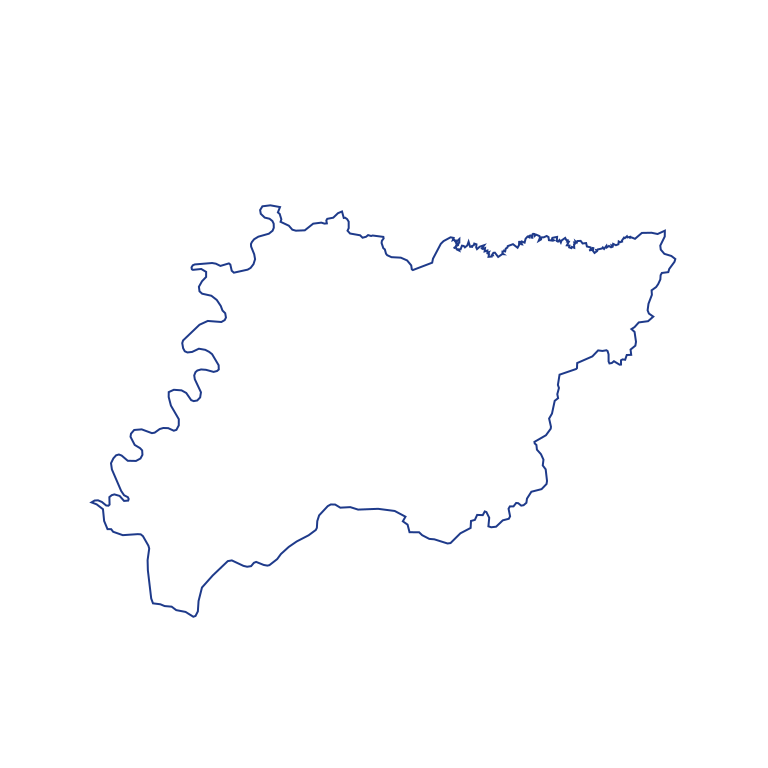 outline of Doi Luang, Chiang Rai, Thailand, rotated 350°
{"feature_id": "78962969B15237736289159", "entity_name": "Doi Luang", "entity_type": "district", "adm_level": 2, "iso_a3": "THA", "parent_name": "Thailand", "parent_adm1": "Chiang Rai", "projection": "mercator", "projection_center": [100.215, 20.141], "detail": "fine", "context": "isolated", "style": "outline", "palette": "blue", "viewbox_px": 768, "rotation_deg": 350, "n_neighbors": 0, "source": "geoboundaries", "source_scale": "gbopen_adm2", "svg_char_len": 6150}
<svg xmlns="http://www.w3.org/2000/svg" viewBox="0 0 768 768"><g transform="rotate(350 384 384)"><path d="M687.2,281.8L679.5,283.8L673.7,281.5L664.2,280.0L656.4,284.6L653.2,282.6L651.9,282.7L652.0,281.8L649.2,281.9L648.9,280.7L646.5,282.2L645.8,281.5L643.1,284.2L643.2,285.1L641.1,285.4L639.9,284.4L639.1,287.1L636.5,287.6L634.0,285.8L633.3,287.8L632.3,287.1L632.5,288.6L631.3,288.8L629.5,287.1L627.2,288.2L627.1,286.5L624.2,289.2L623.2,287.5L622.2,288.4L617.8,288.6L617.3,289.5L616.4,289.1L616.7,290.2L614.1,291.5L612.9,289.1L613.7,286.5L613.1,286.3L612.3,288.1L609.2,288.1L611.2,287.6L611.1,285.3L607.7,283.8L607.5,280.3L604.0,280.1L602.5,277.2L599.3,276.8L598.4,278.2L597.4,276.9L597.5,278.1L596.0,277.7L596.3,279.1L595.4,279.5L595.0,282.9L592.8,281.6L592.1,282.7L590.1,281.6L590.7,279.9L588.2,279.2L590.7,276.0L589.1,275.6L589.9,274.4L588.5,273.8L587.8,271.6L583.8,273.5L582.7,275.4L581.8,272.7L580.1,274.0L579.0,273.2L580.0,269.2L575.2,269.3L574.5,270.6L576.2,272.0L575.2,272.2L571.4,271.0L571.5,267.9L569.9,266.5L566.7,267.3L564.3,266.9L563.8,268.9L561.2,269.9L562.9,267.2L562.8,265.3L559.7,263.3L558.2,264.3L558.2,262.4L556.9,262.0L556.1,262.5L555.5,265.7L554.6,265.4L554.8,264.0L553.8,263.1L552.6,263.5L552.4,264.7L551.0,263.7L548.7,265.5L547.0,269.2L544.5,267.6L543.7,268.9L544.1,270.4L543.3,270.1L542.7,267.6L541.8,267.5L541.1,270.6L539.2,273.0L535.3,268.7L529.8,269.7L529.2,271.1L527.4,271.8L526.4,274.3L525.4,273.5L524.9,274.3L523.7,274.1L523.3,276.0L524.2,276.9L523.0,276.6L518.5,278.7L516.0,273.9L514.5,273.8L513.3,275.1L513.6,276.2L512.4,276.1L512.2,277.2L509.0,276.9L510.0,274.3L509.2,273.7L510.2,272.4L508.6,272.7L509.0,270.5L506.1,270.9L507.1,267.7L504.8,268.2L503.9,267.5L506.8,264.7L502.2,265.4L499.0,267.3L498.5,265.5L499.3,262.5L497.3,261.4L496.5,263.0L494.6,263.4L494.5,264.2L492.6,263.8L492.0,258.6L490.1,262.0L487.4,263.5L486.5,261.9L484.8,261.3L482.8,264.7L480.8,264.3L481.1,265.6L479.0,264.1L478.6,262.1L476.2,262.3L478.3,261.4L480.2,258.6L480.5,260.3L481.1,260.1L481.8,258.2L482.7,257.9L483.4,254.3L479.5,256.9L479.5,255.3L478.7,255.6L478.1,254.0L476.7,254.3L477.9,252.2L475.0,251.1L467.5,253.6L464.3,255.8L454.0,269.1L452.5,272.9L432.2,276.8L431.3,275.9L431.4,271.9L428.2,266.3L422.5,262.5L413.4,260.4L409.5,257.7L408.6,256.0L408.2,251.6L406.9,250.1L406.1,244.7L406.8,242.6L408.9,240.6L408.9,239.0L398.6,235.8L397.0,236.0L394.2,234.6L391.9,235.9L388.3,236.2L386.3,233.4L376.7,229.9L374.7,226.7L376.3,224.4L377.4,218.0L376.3,215.2L374.6,213.5L373.2,213.5L372.6,206.8L368.3,207.8L362.9,211.4L356.8,211.5L355.6,212.9L355.6,215.9L353.2,215.7L350.3,214.2L342.1,213.8L332.7,218.9L323.8,217.7L320.5,216.1L317.8,211.6L310.3,206.3L311.5,204.0L310.8,198.4L309.3,196.6L312.3,191.7L303.1,188.3L295.1,187.9L292.2,191.2L292.2,195.0L295.4,199.4L300.0,201.4L302.4,204.1L303.2,207.0L302.6,211.0L300.9,213.7L296.7,216.0L285.8,217.1L281.2,218.9L278.6,221.2L277.3,223.0L277.0,225.6L278.7,233.7L278.7,238.7L276.3,243.3L272.8,246.5L269.6,247.7L255.5,248.3L253.7,246.0L253.4,239.7L252.2,238.3L243.4,239.3L239.3,236.3L235.7,235.0L218.4,233.4L216.3,233.9L214.7,235.7L214.7,237.7L215.6,238.4L224.0,239.0L228.3,242.7L227.4,247.7L222.6,251.2L218.6,256.1L218.4,260.7L220.6,263.5L229.3,267.1L233.9,272.2L236.8,278.8L237.7,283.6L239.9,286.7L239.9,291.1L238.2,293.4L234.6,294.7L221.4,291.3L212.6,293.6L193.7,306.2L192.4,308.7L192.4,313.9L193.5,317.2L195.9,318.8L200.6,319.1L207.8,317.1L213.9,319.3L217.4,322.0L219.9,324.8L224.4,336.8L223.8,341.0L221.9,342.2L218.3,342.5L211.1,339.1L206.4,337.9L202.5,338.3L200.4,339.6L198.6,342.6L198.5,346.4L202.3,360.4L200.6,365.3L197.2,367.8L193.6,367.8L191.3,366.4L187.7,358.5L183.5,355.1L176.0,353.2L170.6,354.6L169.7,359.4L170.4,368.3L175.8,383.0L174.7,389.1L171.6,393.1L168.9,393.5L163.8,390.0L159.0,389.0L155.3,389.4L149.7,392.1L146.9,392.1L137.5,386.6L130.0,385.9L126.2,389.0L125.2,392.0L127.9,400.7L132.7,404.9L134.3,407.4L133.8,411.8L131.2,415.1L126.4,416.7L118.3,415.1L113.2,408.9L110.7,407.4L107.8,407.7L104.6,410.2L101.4,414.6L101.2,420.9L106.6,443.7L108.7,448.4L112.1,451.0L112.6,452.9L111.8,454.4L107.7,454.0L104.2,448.3L99.3,445.9L96.6,446.2L93.9,447.7L92.8,455.1L91.5,456.0L89.3,455.4L85.7,451.2L82.2,448.9L78.8,448.5L75.4,449.8L80.1,452.6L85.5,458.5L84.6,470.3L86.5,478.9L90.1,479.6L91.6,482.5L100.5,487.5L115.4,489.1L118.3,489.8L120.2,492.0L123.9,502.3L124.2,505.3L120.6,516.4L119.1,526.5L117.5,554.8L118.4,559.9L125.5,562.1L129.4,564.6L136.2,566.4L140.1,570.6L149.0,574.0L155.8,580.1L158.1,579.7L161.2,575.6L163.7,565.5L169.4,552.8L182.1,542.8L199.4,531.3L203.5,531.3L214.0,538.7L217.5,540.2L221.5,540.3L224.8,537.5L227.2,537.0L234.1,541.3L237.6,542.6L239.7,542.5L248.4,537.9L253.0,533.5L261.9,527.9L270.7,523.9L283.5,519.9L291.5,515.9L292.9,514.0L294.5,507.4L297.3,502.1L307.4,494.5L310.6,493.4L314.9,494.2L319.5,498.2L329.4,499.4L336.7,503.2L356.5,505.9L372.5,510.9L382.1,518.4L378.7,522.5L382.8,526.6L383.4,534.4L392.8,536.1L395.3,539.5L401.7,544.4L406.6,545.7L418.9,552.1L421.9,552.2L433.3,544.3L444.3,540.8L445.9,534.0L449.9,533.6L453.0,529.1L458.5,530.3L461.1,527.0L462.6,527.9L464.4,534.0L462.1,542.3L464.7,543.7L469.6,544.0L477.3,538.9L483.5,538.4L485.2,536.2L485.0,528.5L486.7,526.4L490.3,527.0L493.5,524.1L495.5,524.7L498.0,527.6L500.4,527.6L503.6,525.7L504.9,521.7L510.4,515.7L520.9,514.9L526.7,510.7L527.7,507.8L528.4,496.1L526.2,491.8L527.9,486.2L526.4,480.4L523.2,475.2L523.5,470.5L522.1,468.7L522.1,467.1L534.6,462.6L540.4,457.0L541.0,455.1L540.6,446.7L544.3,442.3L549.2,430.2L553.0,428.2L552.9,424.1L555.6,418.3L555.1,415.1L558.5,405.3L575.8,402.6L576.8,401.9L577.9,396.9L594.0,393.0L600.7,388.1L604.9,389.4L608.9,389.4L609.9,390.4L610.3,393.8L609.1,400.8L609.6,402.9L612.0,402.9L614.4,401.5L619.4,405.9L620.8,406.0L621.5,401.8L623.2,401.2L625.7,402.0L628.1,397.6L632.5,398.2L632.8,392.9L638.2,389.9L639.5,386.2L639.8,376.2L637.2,372.9L640.6,371.5L645.6,367.6L655.0,368.0L660.9,364.4L657.1,360.6L656.4,357.2L658.4,350.9L663.3,342.7L663.8,338.2L668.8,335.8L671.3,333.3L674.3,329.0L675.3,324.9L676.9,322.9L683.4,323.2L684.9,320.2L691.3,314.1L692.6,311.5L689.2,307.8L682.7,304.5L679.9,299.7L680.1,295.7L686.1,287.5L687.2,281.8Z" fill="none" stroke="#1e3a8a" stroke-width="2"/></g></svg>